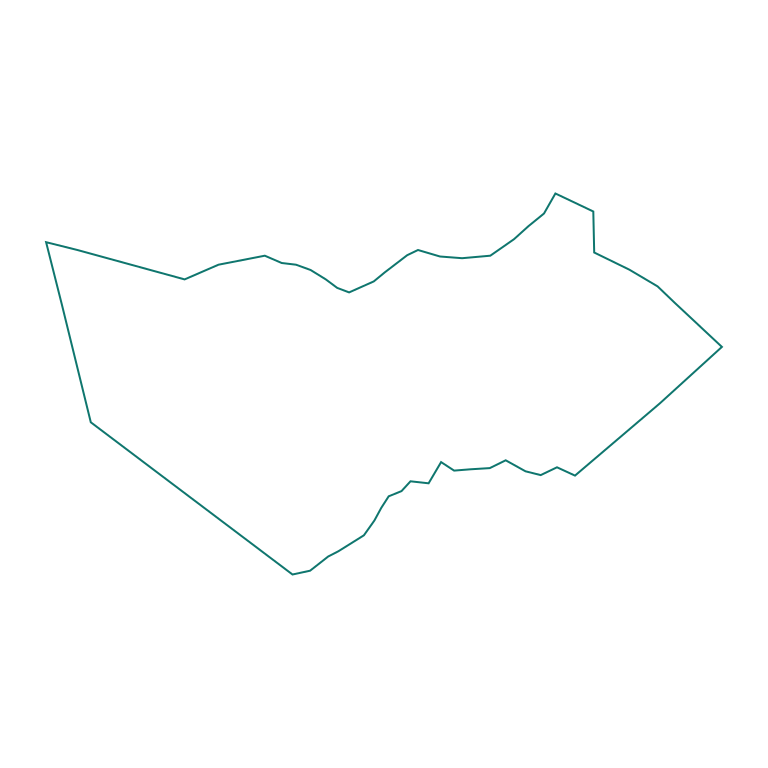 outline of Arês, Rio Grande do Norte, Brazil
{"feature_id": "56859067B99959531577878", "entity_name": "Arês", "entity_type": "district", "adm_level": 2, "iso_a3": "BRA", "parent_name": "Brazil", "parent_adm1": "Rio Grande do Norte", "projection": "robinson", "projection_center": [-35.195, -6.196], "detail": "fine", "context": "isolated", "style": "outline", "palette": "teal", "viewbox_px": 768, "rotation_deg": 0, "n_neighbors": 0, "source": "geoboundaries", "source_scale": "gbopen_adm2", "svg_char_len": 747}
<svg xmlns="http://www.w3.org/2000/svg" viewBox="0 0 768 768"><path d="M721.9,346.9L674.6,302.7L657.6,286.4L629.4,269.7L594.2,252.5L593.3,211.5L555.4,193.5L544.0,213.5L528.4,226.2L514.0,239.2L490.3,255.7L462.1,258.2L440.0,256.5L418.0,250.0L407.2,255.2L384.6,272.5L373.8,281.4L349.1,292.4L337.2,287.9L325.8,279.4L310.6,270.0L296.0,264.7L281.7,263.0L264.8,255.7L218.5,264.7L184.6,279.4L77.4,250.0L46.1,242.2L61.9,304.7L90.8,422.3L292.5,574.5L310.1,570.7L328.2,556.5L338.3,551.3L363.9,535.3L374.4,520.5L381.3,507.8L388.7,496.3L401.5,491.1L410.5,481.3L428.6,483.3L441.1,462.1L454.1,470.6L470.4,469.3L489.8,468.1L505.7,460.3L525.5,471.3L540.7,475.1L557.0,467.3L575.0,475.6L659.8,403.4L721.9,346.9Z" fill="none" stroke="#0f766e" stroke-width="2"/></svg>